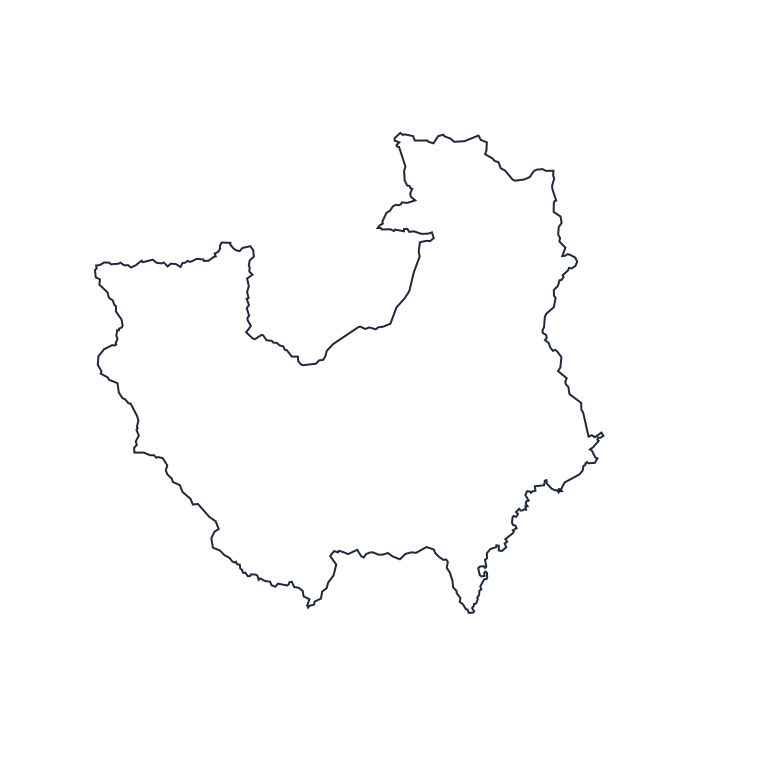 São Gabriel, Rio Grande do Sul, Brazil, rotated 241°
{"feature_id": "56859067B27515042483848", "entity_name": "São Gabriel", "entity_type": "district", "adm_level": 2, "iso_a3": "BRA", "parent_name": "Brazil", "parent_adm1": "Rio Grande do Sul", "projection": "robinson", "projection_center": [-54.366, -30.336], "detail": "fine", "context": "isolated", "style": "outline", "palette": "slate", "viewbox_px": 768, "rotation_deg": 241, "n_neighbors": 0, "source": "geoboundaries", "source_scale": "gbopen_adm2", "svg_char_len": 6168}
<svg xmlns="http://www.w3.org/2000/svg" viewBox="0 0 768 768"><g transform="rotate(241 384 384)"><path d="M225.2,209.3L226.2,211.3L224.9,215.6L227.3,217.9L226.9,224.8L232.4,229.3L233.2,234.8L237.5,239.0L241.0,247.0L249.2,254.7L259.6,253.5L262.1,259.3L259.1,262.0L260.0,263.4L258.3,265.5L252.6,270.2L252.0,280.2L244.3,280.6L242.1,282.2L243.9,285.7L243.5,289.9L242.2,292.6L237.4,296.5L235.5,299.9L234.2,305.6L229.2,307.8L223.0,312.9L225.0,320.5L223.5,326.3L220.8,330.2L220.8,342.1L215.0,347.4L211.5,346.8L206.1,348.3L201.4,350.7L200.3,353.3L197.5,353.6L192.7,349.7L187.6,350.2L178.9,348.6L172.8,345.9L167.9,347.1L165.8,346.2L159.7,347.0L156.7,344.6L153.2,346.2L147.2,346.5L146.3,347.7L142.8,347.2L140.8,350.9L141.3,352.6L145.4,352.4L146.4,355.0L147.9,356.0L147.4,358.3L150.3,361.6L152.2,362.2L153.2,364.8L156.9,367.1L157.2,369.5L160.3,370.1L164.7,377.1L163.7,379.1L165.2,380.7L168.9,382.5L170.8,381.8L170.2,380.1L167.4,378.9L168.5,375.9L170.4,375.1L177.2,377.1L177.9,379.3L176.3,382.9L174.2,383.2L174.6,384.9L181.3,387.2L181.6,389.6L186.1,391.9L188.1,397.1L186.9,403.0L188.4,404.1L187.0,406.0L182.7,403.7L180.8,406.3L182.0,411.8L186.0,412.2L186.3,415.2L189.5,414.9L191.1,424.6L191.9,426.0L193.6,425.8L193.5,430.0L196.3,430.3L198.2,428.5L200.7,428.7L205.3,432.0L205.7,433.5L203.8,435.0L204.5,437.0L205.5,438.2L208.0,437.4L209.3,441.7L207.2,442.0L206.2,444.1L206.5,445.9L205.2,447.4L208.4,448.3L207.5,450.2L210.4,449.9L212.4,451.6L211.9,454.0L218.3,453.8L220.8,457.1L219.1,459.7L217.6,459.7L218.0,462.4L217.2,464.7L221.4,466.3L217.8,475.0L221.5,477.8L221.1,479.5L218.0,478.2L211.0,479.9L207.8,482.4L206.6,484.2L207.3,486.2L205.9,487.5L210.3,494.3L210.2,511.3L212.1,515.9L215.7,518.7L215.5,520.8L217.0,521.8L217.3,523.8L215.7,524.1L212.8,530.2L215.5,534.7L217.3,533.2L225.0,533.5L226.9,532.4L227.3,536.2L230.2,544.2L231.8,543.6L233.3,545.2L232.1,547.2L232.3,550.8L236.1,550.6L235.2,542.6L238.4,540.9L238.8,537.4L262.4,544.3L265.9,544.2L271.9,547.3L285.2,541.3L292.0,543.8L295.9,542.9L298.3,543.8L300.5,546.6L310.9,542.5L313.0,546.3L321.5,552.2L328.9,551.2L331.0,550.1L331.1,547.8L335.5,547.1L339.9,548.0L344.4,546.1L345.5,548.7L348.2,549.6L351.5,547.7L353.6,548.2L356.2,551.6L364.6,557.1L366.8,560.0L368.8,569.7L376.0,575.8L378.9,575.5L383.9,578.1L385.5,583.7L389.6,587.8L388.9,589.8L390.5,592.9L392.5,593.0L394.1,600.0L395.8,602.1L394.1,604.3L394.5,608.8L397.4,612.3L401.9,612.5L406.9,609.3L408.6,607.3L408.3,604.6L409.5,602.0L415.3,608.8L422.6,606.7L424.2,606.7L426.0,608.7L430.3,608.8L436.4,612.8L438.9,617.5L444.9,619.6L452.2,615.8L460.1,620.3L461.3,621.9L460.9,623.5L473.0,625.8L475.9,627.1L481.1,632.4L484.3,633.0L488.4,635.6L491.8,629.1L495.1,626.8L497.4,621.5L497.6,618.3L494.3,611.8L494.9,605.8L498.3,597.2L500.4,595.6L512.1,593.3L516.1,590.7L522.5,591.7L525.5,588.9L528.6,588.3L536.0,583.8L538.7,586.9L545.5,591.1L550.7,587.0L555.5,587.1L557.4,572.0L561.7,563.0L566.6,561.0L571.3,556.9L573.2,556.8L574.6,551.5L570.5,544.0L574.1,540.4L575.9,540.0L582.0,529.0L586.7,529.6L592.2,523.3L592.7,521.3L595.7,519.9L593.9,512.6L591.7,511.3L587.9,514.5L586.9,510.7L585.4,510.5L584.0,512.1L563.7,508.1L560.6,504.9L552.1,500.8L546.5,500.5L544.8,502.3L542.5,502.1L541.0,503.3L538.0,499.3L534.7,498.2L529.5,500.3L531.0,492.4L534.2,487.6L533.0,486.0L533.0,483.9L535.0,481.1L535.0,477.8L532.6,473.1L532.6,469.3L526.9,461.3L524.8,460.7L524.8,457.0L523.5,454.1L522.3,456.6L520.2,457.1L516.2,464.6L512.9,466.9L513.7,468.5L507.9,475.5L509.7,476.5L508.3,479.7L504.8,479.8L503.1,484.1L497.0,489.7L494.0,495.8L493.4,499.4L487.4,498.2L486.7,493.6L488.8,490.3L490.5,484.0L482.7,478.4L478.3,477.1L467.0,464.0L453.1,451.3L449.1,444.0L444.9,432.0L433.6,418.8L434.6,410.9L436.4,406.3L435.8,403.3L440.6,398.6L441.2,394.3L445.4,391.3L446.2,389.4L443.6,359.0L440.8,350.1L436.8,346.3L434.6,342.5L436.1,338.7L434.8,334.3L439.6,322.4L441.5,320.8L445.5,320.0L449.6,322.0L452.8,316.6L460.6,315.4L461.8,313.9L465.8,314.1L468.5,311.3L471.8,310.3L473.9,307.2L476.1,306.8L479.2,302.5L485.1,301.9L486.3,300.7L485.8,292.9L487.2,291.4L496.0,288.5L499.3,295.7L505.6,295.7L507.7,296.3L509.3,299.2L516.9,300.7L518.5,304.2L525.1,305.2L524.8,307.2L530.9,308.9L535.1,313.2L542.6,315.4L543.4,322.0L547.6,320.7L551.2,323.1L553.1,323.1L557.2,326.5L558.5,331.9L564.4,334.5L569.3,333.9L571.6,326.3L570.2,322.1L573.1,319.1L576.0,318.0L580.6,317.1L581.9,318.1L586.4,310.6L584.5,307.6L581.8,306.3L580.0,303.1L580.1,299.0L577.1,298.7L577.7,296.6L576.9,290.2L578.9,286.2L580.5,286.4L584.3,280.7L584.5,275.0L585.2,273.0L586.9,272.1L586.5,268.8L587.5,266.4L585.0,262.8L589.8,260.1L591.4,257.7L592.6,255.8L591.7,251.8L597.0,250.3L597.3,248.0L600.1,244.0L604.8,242.0L607.5,232.0L609.4,231.8L608.2,224.4L608.6,219.1L612.0,217.8L613.8,214.2L617.9,212.4L617.9,210.2L621.1,203.2L623.4,202.5L626.0,198.0L625.8,193.2L627.2,189.6L624.4,188.8L623.8,186.4L617.0,183.6L613.2,186.3L609.0,183.2L598.2,186.6L592.9,185.2L588.4,187.3L583.8,186.5L582.1,187.3L577.3,184.7L567.8,185.7L562.1,183.9L560.6,182.3L560.8,179.1L559.5,178.2L560.4,176.8L556.1,173.3L552.5,172.7L550.0,169.2L548.4,168.9L548.2,167.1L549.8,165.0L550.1,155.9L546.7,147.7L539.6,143.0L531.9,143.0L530.5,141.2L523.6,145.6L521.1,145.5L513.9,151.3L505.0,147.9L498.4,148.4L496.0,150.2L490.9,151.2L489.7,152.9L475.4,152.5L471.0,151.4L466.2,147.0L464.7,147.1L463.8,145.2L457.7,144.6L454.2,139.1L450.5,138.2L449.5,134.6L445.0,132.4L440.5,140.6L435.1,144.9L433.2,148.3L429.9,149.1L429.7,150.9L426.5,154.5L417.8,155.0L414.3,151.3L410.1,150.7L403.8,152.5L400.7,151.8L394.6,156.4L387.2,155.5L377.2,159.1L371.2,158.4L369.3,163.1L352.5,166.8L345.5,170.2L337.3,169.1L337.0,164.1L332.8,158.2L323.8,155.0L317.9,159.8L311.5,161.5L307.0,164.5L302.1,165.4L300.4,166.6L300.3,168.4L297.5,168.2L295.9,170.3L292.2,168.8L290.0,169.9L288.2,169.1L286.8,169.5L286.4,171.2L281.9,171.7L281.0,173.7L282.0,175.5L279.4,179.5L277.5,180.3L273.5,179.4L274.0,181.5L269.5,184.3L266.3,188.5L262.4,188.1L259.4,190.7L260.8,194.4L254.7,201.7L254.9,203.5L256.5,205.2L255.7,207.5L250.0,207.0L247.1,210.6L242.5,212.6L237.2,210.7L231.9,214.4L227.5,209.4L225.2,209.3ZM206.6,484.2L204.5,484.1L205.1,485.8L206.6,484.2ZM205.1,485.8L204.1,487.6L205.9,487.5L205.1,485.8Z" fill="none" stroke="#1e293b" stroke-width="2"/></g></svg>